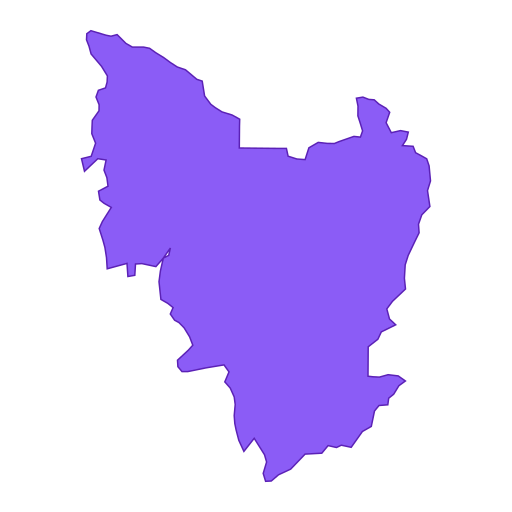 the district of Campinas do Sul, Rio Grande do Sul, Brazil
{"feature_id": "56859067B85635117870916", "entity_name": "Campinas do Sul", "entity_type": "district", "adm_level": 2, "iso_a3": "BRA", "parent_name": "Brazil", "parent_adm1": "Rio Grande do Sul", "projection": "albers", "projection_center": [-52.665, -27.74], "detail": "fine", "context": "isolated", "style": "filled", "palette": "violet", "viewbox_px": 512, "rotation_deg": 0, "n_neighbors": 0, "source": "geoboundaries", "source_scale": "gbopen_adm2", "svg_char_len": 2206}
<svg xmlns="http://www.w3.org/2000/svg" viewBox="0 0 512 512"><path d="M117.1,34.6L111.0,36.2L106.0,35.2L90.9,30.7L86.8,33.7L86.5,39.8L89.0,46.2L91.1,54.0L101.5,66.3L107.4,75.9L107.1,82.1L105.5,87.9L98.4,90.3L96.0,97.0L99.1,104.7L99.0,110.8L92.3,120.3L92.0,127.2L91.8,133.7L95.6,143.2L91.2,156.3L81.5,158.7L84.5,171.3L97.8,158.7L106.1,160.0L104.0,170.1L106.9,177.7L108.0,186.2L98.5,191.2L99.9,200.0L104.2,203.4L111.3,207.4L102.4,221.5L99.2,228.5L102.9,240.1L104.9,247.4L106.5,257.6L107.2,268.8L127.0,263.4L127.9,276.5L134.8,275.3L135.5,264.0L141.9,263.6L155.9,266.6L163.3,258.1L160.4,271.0L159.0,281.7L160.9,299.4L167.7,303.3L173.1,307.6L170.3,314.0L174.6,320.2L179.0,322.6L184.1,327.8L189.6,336.8L192.8,345.2L188.4,350.1L177.5,360.2L177.9,366.7L182.0,371.6L187.7,371.6L205.8,367.9L224.0,364.9L229.0,371.9L224.8,381.9L230.2,388.0L234.2,396.9L235.2,404.5L234.2,415.6L234.8,423.5L236.1,429.9L238.8,440.3L243.9,451.4L254.2,438.3L264.5,454.7L266.6,462.0L263.2,473.4L265.6,481.3L271.3,481.0L278.5,474.8L290.7,469.1L305.1,454.1L321.8,453.2L328.1,445.6L336.5,447.5L341.3,445.2L351.2,447.3L362.4,431.5L371.3,426.4L374.5,411.0L379.0,405.5L387.8,404.8L388.7,398.2L393.7,394.2L398.9,385.7L405.4,381.0L398.2,375.9L388.1,374.7L379.4,377.1L373.2,376.8L368.0,376.2L368.2,346.8L377.9,339.2L381.3,331.9L395.7,324.8L389.5,319.0L386.8,308.9L392.5,301.3L405.5,289.0L404.4,278.3L405.2,264.8L408.2,255.4L414.5,242.2L419.1,232.8L418.5,224.2L421.8,214.8L429.9,206.5L427.5,190.6L430.5,180.9L429.1,165.9L426.7,158.8L421.9,156.1L415.6,152.7L413.1,146.3L402.4,145.6L406.5,139.3L408.3,132.1L400.5,130.6L391.3,132.7L386.1,122.7L389.7,112.3L386.1,108.3L378.8,104.0L374.2,99.8L368.8,99.4L362.9,97.1L356.4,98.2L358.0,106.1L357.9,115.9L360.2,123.0L362.6,130.9L360.4,137.1L353.9,136.4L339.0,141.6L334.4,143.5L327.3,143.4L318.2,142.4L308.9,147.8L305.1,159.6L296.9,159.0L288.1,156.2L286.4,148.4L277.2,148.4L239.3,148.0L239.5,126.0L239.7,119.2L232.1,115.0L222.0,111.9L215.2,107.6L210.8,104.3L204.6,96.0L202.2,81.1L196.8,79.3L185.5,69.8L177.3,67.0L170.2,62.4L164.0,57.8L155.6,52.6L149.6,48.3L143.7,47.1L132.4,47.1L125.9,43.4L117.1,34.6ZM163.3,258.1L170.4,248.0L168.7,255.4L163.3,258.1Z" fill="#8b5cf6" stroke="#5b21b6" stroke-width="1.5"/></svg>